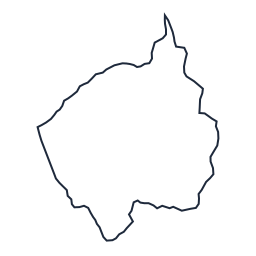 Itirapuã, São Paulo, Brazil (Natural Earth projection)
{"feature_id": "56859067B37772155606082", "entity_name": "Itirapuã", "entity_type": "district", "adm_level": 2, "iso_a3": "BRA", "parent_name": "Brazil", "parent_adm1": "São Paulo", "projection": "natural_earth1", "projection_center": [-47.165, -20.649], "detail": "fine", "context": "isolated", "style": "outline", "palette": "slate", "viewbox_px": 256, "rotation_deg": 0, "n_neighbors": 0, "source": "geoboundaries", "source_scale": "gbopen_adm2", "svg_char_len": 1485}
<svg xmlns="http://www.w3.org/2000/svg" viewBox="0 0 256 256"><path d="M164.9,15.4L164.8,19.8L165.0,23.7L166.0,29.3L166.0,34.5L162.7,38.3L154.7,42.6L153.2,47.8L151.7,52.9L152.0,58.6L149.3,63.2L144.6,63.9L140.6,66.4L137.0,67.0L133.7,65.0L129.8,64.0L126.4,63.5L122.5,63.3L114.4,65.3L106.3,69.5L102.8,72.6L95.8,74.3L91.8,78.6L87.8,82.6L83.8,84.2L79.8,86.3L77.0,91.5L71.7,95.8L68.1,98.4L64.1,100.7L62.3,105.9L59.7,109.6L56.6,111.6L54.3,114.9L51.0,118.9L46.1,122.5L41.6,125.1L37.6,127.1L39.6,134.8L41.4,140.7L54.3,174.2L55.9,178.5L59.4,182.8L62.8,186.2L66.8,190.1L67.7,195.9L71.3,199.3L71.9,204.2L74.4,207.3L79.4,207.1L84.0,205.8L88.2,207.9L90.7,212.9L93.1,217.0L95.3,220.0L96.9,223.9L99.6,227.3L101.3,231.7L103.4,237.0L106.7,240.6L112.5,240.2L116.0,238.3L119.2,234.3L123.8,231.8L126.7,228.2L132.9,221.5L129.0,214.4L131.5,210.8L133.7,202.3L137.7,200.5L140.4,202.6L144.3,203.2L148.6,203.2L153.5,205.4L157.1,208.3L162.2,205.8L169.6,208.2L173.2,206.8L181.8,210.7L190.5,208.8L195.9,207.9L198.7,203.9L199.0,198.5L198.6,194.0L201.7,189.9L206.1,181.9L210.1,178.1L213.4,174.2L213.0,168.1L210.6,161.6L210.5,156.9L213.4,152.0L217.3,145.5L218.4,138.5L218.1,131.9L215.9,126.3L216.6,121.4L211.9,118.6L208.9,116.4L204.7,113.4L199.4,113.0L199.7,107.7L199.9,103.2L200.1,99.2L202.3,93.3L202.9,88.7L194.0,81.2L186.5,76.4L184.3,72.6L184.0,66.5L185.6,58.6L186.9,53.6L184.3,47.8L176.1,46.6L174.5,41.5L174.0,37.7L172.7,32.1L171.3,28.3L168.2,20.3L164.9,15.4Z" fill="none" stroke="#1e293b" stroke-width="2"/></svg>